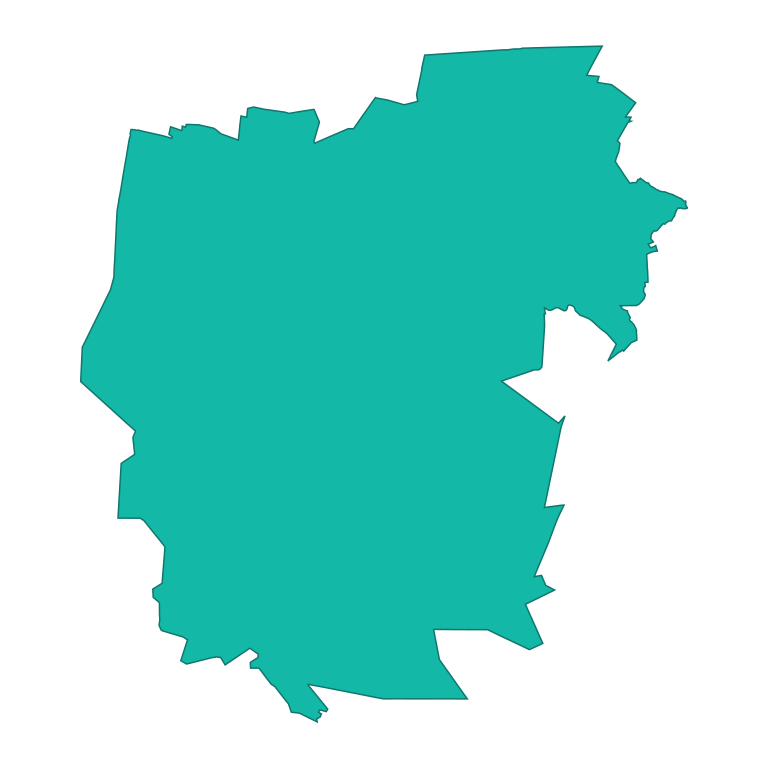 the district of Trincheras, Sonora, Mexico
{"feature_id": "50627088B52969671288629", "entity_name": "Trincheras", "entity_type": "district", "adm_level": 2, "iso_a3": "MEX", "parent_name": "Mexico", "parent_adm1": "Sonora", "projection": "orthographic", "projection_center": [-111.475, 30.291], "detail": "fine", "context": "isolated", "style": "filled", "palette": "teal", "viewbox_px": 768, "rotation_deg": 0, "n_neighbors": 0, "source": "geoboundaries", "source_scale": "gbopen_adm2", "svg_char_len": 6028}
<svg xmlns="http://www.w3.org/2000/svg" viewBox="0 0 768 768"><path d="M529.4,649.6L542.8,643.4L534.9,625.6L525.4,604.3L554.6,590.0L545.7,585.4L541.5,575.4L534.2,576.7L548.2,543.3L556.1,522.2L558.5,516.5L564.0,505.1L560.9,505.3L544.4,507.5L561.2,426.6L565.0,415.9L558.5,423.2L501.4,381.1L534.4,369.8L538.2,369.9L540.0,369.1L541.7,367.3L542.0,365.6L544.6,325.8L544.2,314.0L545.4,313.9L545.4,313.3L545.1,312.2L544.9,311.7L544.5,307.7L547.2,309.5L548.0,309.9L549.0,310.2L550.4,310.3L551.0,310.2L551.9,309.9L553.3,309.2L554.9,308.2L555.9,307.8L556.3,307.7L557.1,307.7L557.8,307.7L558.4,307.8L559.5,308.4L563.2,310.4L563.9,310.7L564.5,310.7L565.1,310.7L565.6,310.5L566.2,310.2L566.7,309.5L566.9,309.2L567.6,306.3L568.0,305.7L568.3,305.4L569.0,305.0L569.3,305.0L570.2,305.1L572.2,305.7L572.8,306.1L574.0,307.0L574.5,307.9L575.2,310.0L575.7,311.0L579.6,314.7L580.2,315.4L581.6,315.7L588.0,318.3L589.5,319.1L592.0,320.9L600.3,328.5L607.0,333.6L616.3,344.2L607.9,361.0L619.5,351.8L620.1,351.9L622.8,350.0L623.7,351.1L629.9,344.1L631.3,342.6L636.9,340.1L636.6,334.1L636.4,333.3L636.4,331.3L636.5,330.7L636.4,329.8L636.1,329.2L635.8,328.3L635.3,327.5L634.1,325.0L633.6,324.3L632.7,323.3L632.2,322.8L631.8,322.2L631.2,321.6L630.5,321.4L629.4,319.6L630.1,318.2L630.3,317.6L628.2,313.7L627.7,312.5L627.4,310.9L625.5,310.3L624.0,309.8L623.2,309.4L622.5,308.7L622.2,308.6L621.6,308.1L621.2,307.5L621.2,307.1L621.4,307.0L621.6,306.9L621.6,306.5L620.5,305.7L636.8,305.5L637.1,305.0L637.6,304.9L639.0,304.2L642.1,301.0L642.9,300.1L643.1,299.5L643.5,299.1L643.9,299.0L644.3,298.1L645.2,295.4L645.2,295.0L645.2,294.4L645.1,294.1L644.9,294.0L644.3,292.9L643.7,292.1L643.7,290.4L643.7,289.1L644.1,287.3L644.6,286.8L645.3,286.5L644.8,282.4L648.0,282.2L647.9,278.3L647.8,276.2L647.6,270.8L647.2,266.1L647.1,262.1L646.6,254.5L647.6,254.0L648.1,253.5L650.5,252.6L652.2,252.0L653.6,251.5L657.3,251.1L655.7,245.5L654.3,246.4L652.5,247.2L651.3,247.5L650.6,247.8L648.2,244.1L651.6,242.9L653.4,242.0L652.7,241.1L651.0,239.1L650.5,238.7L650.6,238.4L651.0,237.6L651.1,237.2L651.0,235.6L651.7,233.8L652.4,232.7L652.8,232.4L653.0,231.9L654.1,230.6L654.7,231.0L655.4,231.1L655.8,231.1L656.2,231.0L657.1,230.5L657.6,230.2L657.8,229.8L658.6,228.8L659.4,228.1L660.0,227.4L660.9,226.0L661.8,225.2L663.2,223.7L664.8,224.1L665.0,224.1L665.2,223.9L665.4,223.7L665.6,223.3L666.0,222.9L666.7,222.5L667.2,222.1L667.7,221.8L668.9,221.0L669.2,220.9L670.0,220.8L670.5,221.0L671.0,220.9L671.6,220.7L673.0,217.8L673.7,217.0L674.6,216.0L674.7,215.6L674.8,215.3L674.5,215.0L675.3,213.4L675.7,212.2L676.1,211.3L676.7,209.8L677.7,208.6L678.6,207.9L679.6,208.3L680.2,208.0L682.1,208.3L682.2,208.6L683.9,208.6L684.7,208.8L686.7,208.4L687.3,208.1L687.3,207.6L687.0,207.1L686.5,206.6L685.3,203.8L685.7,203.4L685.9,202.9L685.9,202.2L685.8,201.8L685.5,201.6L685.5,201.1L685.0,201.3L684.3,201.3L683.4,200.7L682.8,200.0L681.0,198.5L679.9,198.2L677.9,197.2L676.2,196.4L673.6,195.1L673.3,194.8L672.7,194.6L670.3,193.9L668.0,193.1L666.0,192.3L665.3,192.2L665.0,191.9L663.5,191.8L661.4,191.5L660.0,191.2L658.9,190.6L658.3,190.2L656.6,189.6L652.7,187.0L650.7,186.2L649.9,185.3L649.2,184.0L648.6,183.3L648.0,182.8L647.4,182.7L646.9,182.8L646.2,182.7L645.7,182.3L645.3,181.9L640.3,178.2L639.3,179.3L639.0,179.6L638.1,179.5L637.8,179.6L636.5,182.4L635.0,182.6L633.0,182.6L631.4,182.9L629.9,183.4L623.6,174.2L620.1,168.7L617.7,165.4L615.3,161.5L616.3,158.0L618.7,151.7L619.4,147.5L619.9,143.2L617.4,140.8L627.8,122.5L631.0,121.2L629.1,120.9L631.0,117.2L625.5,116.9L635.7,102.8L623.8,93.7L612.3,85.2L611.6,84.7L597.2,82.4L599.0,76.5L586.7,75.3L590.9,67.1L602.2,46.1L535.8,47.8L522.8,48.2L522.7,48.1L520.2,48.9L513.3,49.0L508.0,49.8L507.0,49.9L506.5,49.8L506.2,50.0L505.7,49.9L502.8,49.9L424.7,55.1L421.8,68.3L421.7,69.2L421.9,69.4L416.6,94.7L417.7,101.4L404.2,104.8L388.1,100.2L386.9,100.0L386.5,99.8L386.2,99.8L377.5,98.2L376.5,97.9L375.5,97.5L371.1,103.7L369.3,106.3L362.7,115.6L354.2,127.8L353.6,128.7L348.2,128.7L322.2,139.9L319.5,141.1L314.5,143.3L313.8,141.9L317.4,129.1L318.9,124.2L319.4,122.0L317.1,116.8L316.0,114.0L314.0,109.4L304.6,110.8L288.9,113.4L285.0,112.2L263.8,109.2L253.7,107.0L247.7,108.5L246.7,117.3L241.0,116.0L239.8,125.8L239.4,130.3L238.3,140.1L223.2,134.6L221.1,133.9L215.4,129.3L213.5,128.2L198.2,124.7L197.7,124.8L187.1,124.4L186.9,124.7L186.3,124.5L185.4,127.1L182.3,126.1L181.8,130.6L180.2,130.1L176.1,128.7L175.3,128.4L170.6,126.8L170.0,129.5L169.4,132.0L169.0,133.8L169.0,134.5L170.2,135.2L171.8,136.4L172.3,136.8L171.9,138.3L162.2,135.6L141.6,131.0L138.1,130.0L136.5,130.3L134.6,129.7L131.0,129.5L130.1,134.0L130.5,136.0L129.6,137.5L129.6,138.0L129.3,139.4L129.0,140.7L126.5,155.6L126.4,156.7L125.9,159.1L125.3,162.6L123.1,175.4L121.1,187.8L119.5,196.8L119.1,198.3L118.6,202.1L117.6,207.8L117.1,211.0L116.7,219.3L116.5,222.0L116.3,227.0L114.8,258.6L114.2,268.2L113.9,277.2L110.4,290.0L107.0,296.8L102.5,306.1L86.5,338.7L82.3,347.2L80.7,381.6L125.5,422.1L135.5,431.1L132.9,437.5L134.7,454.3L121.2,463.4L118.0,518.1L140.6,518.2L141.4,519.0L142.3,519.7L142.7,519.9L143.1,519.8L143.7,520.3L165.0,546.8L162.1,583.3L152.8,589.1L153.2,597.4L159.4,602.6L159.5,614.6L159.8,619.7L159.2,624.2L159.0,625.2L161.1,630.0L162.6,630.9L183.2,637.0L187.5,639.9L180.8,660.7L186.5,664.0L192.4,662.6L197.4,661.3L211.3,657.8L213.7,657.3L214.5,657.4L215.4,657.3L216.3,656.8L217.5,656.8L217.9,657.2L218.5,657.4L218.9,657.4L219.4,657.2L220.3,657.6L220.8,657.5L225.1,664.9L249.8,648.2L258.2,654.1L257.9,657.6L250.3,662.4L250.6,668.1L258.9,668.1L260.3,669.8L266.4,678.0L271.0,684.0L272.4,685.0L274.0,686.1L274.4,686.4L274.8,686.5L286.8,701.9L288.4,703.7L291.3,712.2L299.3,713.1L317.2,721.9L316.6,719.0L320.1,717.1L321.4,713.9L318.5,712.3L319.8,709.9L326.3,711.6L327.7,709.1L309.2,686.4L308.1,685.0L308.1,684.7L307.9,684.5L307.8,684.4L307.3,684.2L320.4,686.6L376.2,697.5L383.2,698.8L389.0,698.9L391.8,698.8L467.3,698.9L458.6,686.7L439.4,659.6L433.6,629.5L435.1,629.4L448.2,629.5L457.4,629.6L462.2,629.6L487.7,629.7L497.1,634.3L529.4,649.6Z" fill="#14b8a6" stroke="#0f766e" stroke-width="1.5"/></svg>